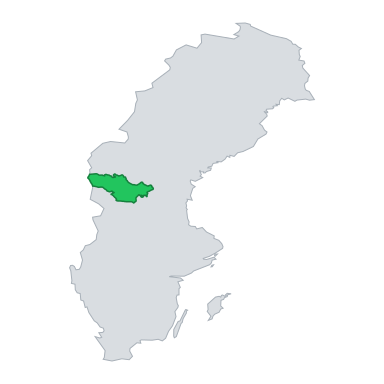 Härjedalen, Jämtland, Sweden (highlighted)
{"feature_id": "70781695B83252740141506", "entity_name": "Härjedalen", "entity_type": "district", "adm_level": 2, "iso_a3": "SWE", "parent_name": "Sweden", "parent_adm1": "Jämtland", "projection": "natural_earth1", "projection_center": [13.938, 62.166], "detail": "fine", "context": "in_parent", "style": "filled", "palette": "green", "viewbox_px": 384, "rotation_deg": 0, "n_neighbors": 0, "source": "geoboundaries", "source_scale": "gbopen_adm2", "svg_char_len": 7116}
<svg xmlns="http://www.w3.org/2000/svg" viewBox="0 0 384 384"><path d="M74.4,266.5L76.0,269.8L79.3,269.3L80.7,267.0L82.5,260.1L80.3,252.5L83.3,249.9L85.3,245.7L89.9,244.5L96.2,239.6L96.8,234.6L98.2,231.0L93.0,219.9L92.6,217.2L100.6,215.8L104.0,208.5L98.6,203.8L90.2,199.3L93.1,185.4L89.6,177.8L90.1,174.6L89.6,169.7L91.7,167.8L87.6,160.6L91.7,155.7L91.0,153.2L102.8,143.3L110.6,141.5L124.8,143.0L128.2,139.1L128.4,137.0L127.0,132.0L119.0,129.2L127.7,120.3L134.5,111.7L135.8,103.4L137.4,99.9L135.6,91.8L144.8,90.9L153.0,87.6L151.9,83.2L169.8,69.8L170.3,67.4L168.9,65.1L164.6,60.9L165.7,59.1L170.5,58.0L172.9,56.2L176.4,49.9L186.1,44.9L197.0,48.2L201.6,42.6L201.1,34.9L205.0,34.1L234.1,39.0L238.9,36.1L233.9,34.6L238.7,31.6L240.0,29.7L240.4,27.4L240.2,26.2L236.1,23.4L245.2,23.0L250.2,24.4L250.7,26.1L270.7,35.1L286.5,38.7L291.1,41.3L292.8,44.2L295.3,44.3L298.3,47.0L301.4,48.5L299.0,50.3L299.3,54.5L300.2,56.5L298.8,60.1L304.0,61.0L304.9,63.3L302.3,65.5L302.8,68.0L309.6,75.6L308.1,78.0L307.8,81.1L304.9,83.4L304.5,85.8L305.2,88.9L306.3,90.4L309.2,91.4L314.4,99.6L309.5,100.2L305.7,99.1L297.0,100.1L294.9,101.3L288.1,98.0L284.3,99.9L281.7,98.3L279.7,100.9L279.3,104.6L276.1,104.3L277.4,105.7L273.2,106.2L272.9,106.8L273.8,107.7L272.5,108.8L266.7,109.2L266.0,110.4L267.7,111.8L267.7,112.7L263.9,111.4L266.6,114.0L267.2,116.0L259.4,123.7L262.1,125.7L264.5,130.1L267.0,132.0L266.0,134.1L257.9,139.0L253.4,146.5L243.0,151.5L237.6,152.8L234.1,156.4L229.9,155.3L229.8,157.4L227.1,156.1L225.0,159.2L221.2,161.9L217.1,161.4L216.6,161.9L217.9,162.7L213.1,163.4L211.8,166.2L208.2,167.0L207.7,167.9L211.3,168.0L210.6,170.3L206.5,171.5L205.1,172.9L203.3,172.9L203.6,171.8L200.9,171.8L200.0,170.5L199.5,170.9L201.4,174.6L200.1,176.1L202.7,177.6L195.3,181.3L190.8,179.9L190.2,181.0L191.2,184.1L195.2,186.7L192.8,188.3L190.4,195.7L192.2,200.2L187.1,199.2L187.5,200.9L185.9,202.9L186.6,205.8L186.1,207.8L187.3,209.5L186.6,210.3L187.6,218.5L189.1,221.9L188.6,224.7L190.8,226.2L195.3,226.5L196.7,228.9L202.3,227.5L206.5,232.0L214.2,235.9L213.9,238.4L218.8,240.3L221.8,243.7L223.0,246.6L222.6,248.4L215.1,253.2L209.3,256.4L203.2,258.4L203.6,259.2L206.6,259.5L213.9,257.2L216.0,259.2L212.1,260.1L211.4,262.9L209.7,264.7L193.6,271.0L191.5,273.0L184.2,276.2L171.2,276.0L169.2,276.7L180.5,278.0L183.2,280.3L177.9,281.8L180.3,287.4L179.0,288.7L179.0,294.9L177.0,295.1L176.2,297.6L177.3,303.8L178.3,305.6L177.9,307.4L174.9,311.6L176.0,316.6L172.5,325.8L168.6,331.2L165.6,338.3L162.3,340.9L158.2,339.3L152.2,340.2L141.3,339.9L140.0,340.6L140.8,343.2L136.9,342.8L130.0,348.4L129.7,351.1L132.5,356.3L129.2,359.7L121.8,358.8L112.0,361.0L103.2,359.3L104.3,357.5L105.1,350.6L95.1,336.6L99.8,338.0L101.7,337.3L98.8,332.7L102.8,332.4L104.1,330.8L103.4,328.2L100.1,327.0L97.2,322.9L94.2,320.8L88.9,312.6L87.0,306.9L85.2,307.5L83.6,301.0L80.8,300.0L80.2,293.5L77.2,292.8L75.3,289.8L75.0,284.2L71.4,283.4L71.9,280.7L70.8,270.8L69.6,267.8L70.6,265.5L72.6,265.3L74.4,266.5ZM226.1,297.0L224.5,297.6L223.6,299.4L221.0,300.3L220.7,306.0L223.1,308.2L220.7,309.1L219.1,312.2L214.7,314.2L213.0,316.1L212.1,318.9L208.3,320.4L210.9,316.2L207.2,311.4L208.1,309.7L207.7,304.1L215.5,297.1L219.1,296.3L220.8,297.1L221.4,295.4L222.6,295.0L226.1,297.0ZM176.3,336.6L174.3,337.8L173.7,336.1L173.8,329.4L178.1,321.5L180.0,320.9L185.2,310.2L185.8,309.5L187.6,310.2L186.3,311.2L186.4,313.0L183.1,318.7L182.2,322.5L181.1,323.4L176.3,336.6ZM227.7,294.8L227.3,296.4L225.3,295.1L227.2,293.3L231.1,293.8L227.7,294.8ZM217.5,254.0L215.0,256.4L214.5,255.4L215.0,254.2L217.5,254.0ZM212.3,266.7L211.0,266.9L211.9,265.2L213.6,264.8L212.3,266.7Z" fill="#d9dde1" stroke="#a8b0b8" stroke-width="1"/><path d="M141.3,182.2L140.9,182.5L140.2,183.1L139.0,184.0L138.2,184.4L137.6,184.8L137.2,185.1L136.6,185.2L135.9,185.0L135.3,185.0L134.8,184.9L134.3,184.7L133.6,184.7L132.5,184.7L132.2,184.5L131.6,184.2L130.7,183.7L129.7,183.2L128.9,182.7L128.3,182.2L127.8,181.7L127.5,181.2L127.2,180.6L126.9,180.4L126.5,180.0L126.1,179.6L126.1,178.6L125.9,178.2L125.7,177.9L125.5,177.2L125.1,177.0L124.3,177.0L123.7,176.9L123.6,176.6L123.5,176.0L123.2,175.7L122.9,175.3L122.5,175.0L122.0,174.9L121.6,175.0L121.3,175.2L120.8,175.4L120.4,175.5L119.9,175.7L119.3,175.9L118.7,176.0L118.3,175.7L117.9,175.5L117.5,175.3L117.1,175.1L116.6,175.1L116.2,175.0L115.9,174.8L115.7,174.6L115.5,174.3L115.1,174.1L114.7,174.0L114.3,174.2L113.8,174.6L113.5,174.9L113.6,175.7L113.8,176.0L114.4,176.3L115.1,176.6L115.3,176.9L115.2,177.1L114.5,177.2L113.7,177.4L113.1,177.5L112.5,177.4L112.0,177.1L111.8,176.6L111.6,176.2L111.0,176.0L110.5,175.9L109.7,175.6L109.3,175.2L108.8,175.0L107.8,175.0L107.0,174.7L106.5,174.5L105.7,174.4L105.2,174.7L104.6,174.9L104.5,175.3L104.5,175.8L103.9,175.6L103.3,175.5L102.7,175.4L102.4,175.1L101.8,175.1L100.8,175.1L99.5,175.2L99.0,175.1L98.5,174.7L97.9,174.4L97.4,174.1L96.7,173.8L95.6,173.8L93.6,174.0L92.5,174.1L91.2,174.2L90.2,174.4L89.7,174.3L89.7,174.5L89.4,174.8L89.1,175.5L88.8,176.1L88.4,176.8L87.9,177.2L87.9,178.1L88.3,178.5L88.7,178.8L88.9,179.0L89.3,179.7L89.9,180.5L90.1,181.3L90.4,181.8L90.8,182.3L91.2,183.2L92.2,184.5L92.5,185.6L92.7,186.1L93.4,186.1L94.6,186.3L96.0,186.6L97.0,186.8L97.7,187.1L98.6,187.3L100.2,187.1L102.1,187.1L103.0,187.4L103.9,188.2L104.6,188.9L105.4,189.3L106.1,189.7L106.8,190.5L107.1,191.0L108.2,191.3L108.8,191.6L109.3,191.8L110.3,191.7L110.9,191.4L111.6,191.1L112.0,191.1L112.4,191.4L112.3,191.9L113.3,192.2L114.0,192.5L113.8,192.8L112.8,193.3L111.7,193.9L111.1,194.2L111.2,194.5L112.0,194.7L112.4,195.0L113.1,195.5L113.7,196.2L114.1,196.6L114.8,197.4L115.5,197.9L116.1,198.6L116.4,199.0L116.5,199.4L116.1,199.8L116.1,200.3L116.5,200.6L117.3,200.9L118.7,201.0L120.3,201.0L121.3,201.1L122.5,201.3L123.7,201.3L124.9,201.6L125.8,201.6L126.3,201.7L126.9,201.7L128.8,201.7L129.9,201.7L130.9,201.7L131.8,201.8L132.3,202.0L132.8,202.3L133.2,202.6L133.5,202.9L133.8,202.9L134.3,202.6L134.6,202.3L134.8,202.1L135.0,201.8L135.6,201.6L136.1,201.0L136.1,200.0L135.9,198.9L136.0,197.8L136.3,197.4L136.9,196.7L137.4,196.2L137.9,195.8L138.3,195.3L138.6,194.9L139.0,194.8L139.4,195.0L139.9,195.5L140.5,195.9L140.7,196.3L140.9,196.6L141.3,197.0L141.8,197.2L142.4,197.2L142.5,197.0L142.5,196.8L142.2,196.7L141.6,196.6L141.3,196.4L140.9,195.9L140.7,195.7L140.7,195.4L141.0,195.3L141.5,195.3L141.9,195.5L142.3,195.7L142.4,196.0L142.5,196.3L142.6,196.5L143.0,196.7L143.4,196.7L143.6,196.3L143.5,195.9L143.5,195.5L143.9,195.3L144.8,195.3L145.5,195.3L145.9,195.5L146.2,195.8L146.2,196.2L146.3,196.4L146.6,196.6L147.0,196.5L147.1,196.0L147.0,195.1L146.9,194.9L147.3,194.4L147.5,194.0L147.7,193.5L147.5,193.2L147.1,192.9L147.0,192.5L147.4,191.9L149.1,191.3L150.3,190.6L151.6,189.9L152.3,189.7L152.9,189.5L153.2,189.1L153.3,188.5L153.0,188.0L152.8,187.5L152.5,187.1L152.0,187.0L151.7,186.7L151.7,186.4L151.7,186.0L151.6,185.7L151.4,185.4L151.0,185.3L150.6,185.1L150.1,185.2L149.6,185.4L149.2,185.6L148.5,185.8L148.2,186.1L147.5,186.0L147.0,185.8L146.5,185.5L145.9,185.2L145.6,185.0L145.1,184.9L144.5,184.6L143.9,184.2L143.5,183.8L142.9,183.5L142.8,183.1L142.8,182.8L142.6,182.4L142.0,182.2L141.4,182.2L141.3,182.2Z" fill="#22c55e" stroke="#15803d" stroke-width="1.5"/></svg>